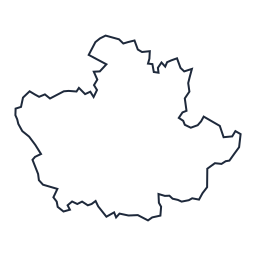 the district of Camargo, Rio Grande do Sul, Brazil
{"feature_id": "56859067B59406769241817", "entity_name": "Camargo", "entity_type": "district", "adm_level": 2, "iso_a3": "BRA", "parent_name": "Brazil", "parent_adm1": "Rio Grande do Sul", "projection": "albers", "projection_center": [-52.218, -28.61], "detail": "fine", "context": "isolated", "style": "outline", "palette": "slate", "viewbox_px": 256, "rotation_deg": 0, "n_neighbors": 0, "source": "geoboundaries", "source_scale": "gbopen_adm2", "svg_char_len": 1471}
<svg xmlns="http://www.w3.org/2000/svg" viewBox="0 0 256 256"><path d="M207.1,187.2L207.3,168.7L214.9,163.2L221.5,163.9L225.7,161.2L229.4,160.6L234.4,153.6L239.1,147.2L240.6,134.1L235.4,131.1L232.2,136.4L223.6,137.2L219.8,125.9L203.7,116.6L201.1,121.3L197.7,125.2L190.8,127.7L184.8,124.8L183.2,120.8L178.8,117.9L182.5,112.4L186.5,110.8L184.8,98.4L189.4,91.6L188.2,83.1L189.6,77.4L191.9,68.9L184.2,71.4L180.5,67.9L177.0,58.3L171.2,60.4L167.1,62.2L165.2,66.6L161.5,62.5L157.9,67.8L158.5,72.7L153.8,72.0L152.4,64.1L148.0,63.6L149.4,58.7L149.8,51.2L142.0,52.0L137.8,49.5L134.5,40.5L128.0,42.1L123.3,43.5L119.0,39.3L105.6,35.6L100.0,38.4L95.4,42.1L88.7,54.9L106.4,64.3L99.8,71.4L93.8,71.7L97.3,79.6L94.0,85.1L97.0,90.0L93.6,97.0L90.3,91.7L85.1,94.1L78.9,87.9L76.5,91.5L68.6,90.9L63.8,91.3L50.0,98.5L44.9,94.4L39.1,96.8L34.9,94.5L29.6,91.3L23.0,97.6L21.0,106.9L15.6,108.6L15.4,115.2L17.2,119.3L18.3,123.9L22.3,131.1L29.1,136.6L35.3,144.9L41.0,154.0L35.1,156.8L32.5,159.8L38.1,174.0L38.9,180.2L43.0,184.7L57.4,188.9L53.4,197.3L56.7,201.6L57.7,206.9L63.5,211.5L69.9,209.7L67.6,205.3L72.1,201.5L77.3,204.0L82.1,201.6L87.8,205.3L91.6,204.0L95.6,201.0L98.2,206.4L106.4,216.7L114.1,212.4L116.1,217.4L119.5,213.6L128.5,215.5L137.8,215.1L148.0,220.4L152.2,217.4L160.4,215.6L161.1,206.7L158.9,202.8L158.5,194.0L164.9,195.9L169.4,195.7L172.6,198.7L177.9,199.9L181.6,201.6L188.8,200.2L192.2,198.3L199.0,199.6L202.5,193.2L207.1,187.2Z" fill="none" stroke="#1e293b" stroke-width="2"/></svg>